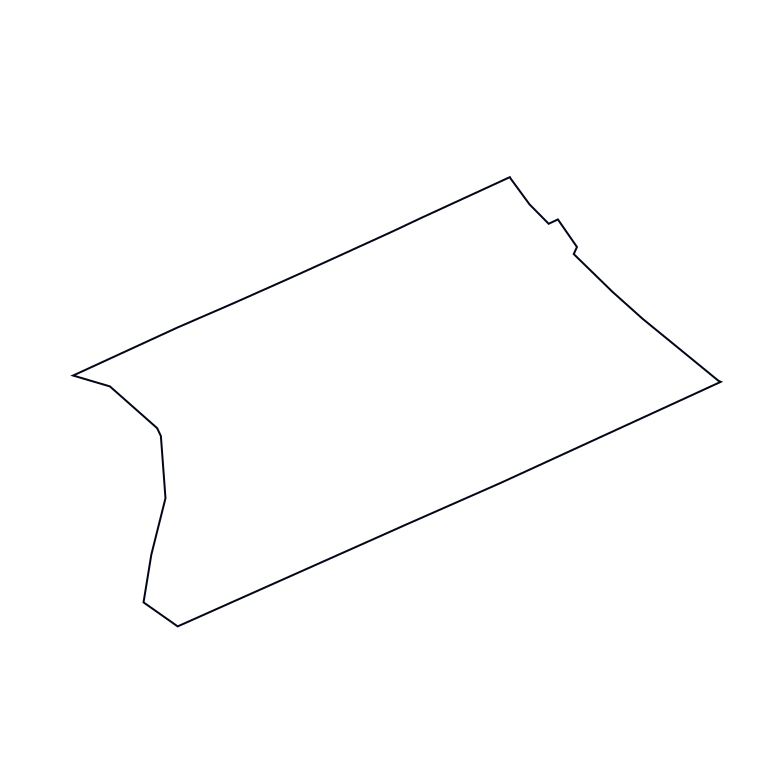 the district of Porter, Indiana, United States of America, rotated 66°
{"feature_id": "52423323B69237488577242", "entity_name": "Porter", "entity_type": "district", "adm_level": 2, "iso_a3": "USA", "parent_name": "United States of America", "parent_adm1": "Indiana", "projection": "mercator", "projection_center": [-87.097, 41.465], "detail": "fine", "context": "isolated", "style": "outline", "palette": "ink", "viewbox_px": 768, "rotation_deg": 66, "n_neighbors": 0, "source": "geoboundaries", "source_scale": "gbopen_adm2", "svg_char_len": 523}
<svg xmlns="http://www.w3.org/2000/svg" viewBox="0 0 768 768"><g transform="rotate(66 384 384)"><path d="M521.5,671.1L521.4,423.6L521.4,421.2L521.8,317.2L519.0,75.5L517.0,77.2L429.5,121.3L393.6,137.4L392.2,138.0L342.5,157.8L337.3,152.0L304.4,158.2L304.6,168.4L279.1,178.0L248.1,184.7L246.2,184.9L247.4,281.8L248.1,313.9L248.7,377.9L249.0,423.2L249.0,485.6L248.4,550.2L249.8,664.6L274.7,635.4L332.1,609.2L340.8,609.0L399.5,630.1L445.3,666.0L485.7,692.5L521.5,671.1Z" fill="none" stroke="#020617" stroke-width="2"/></g></svg>